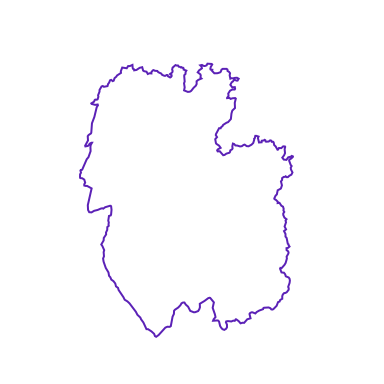 the Province of Qinghai, rotated 250°
{"feature_id": "CHN-1151", "entity_name": "Qinghai", "entity_type": "Province", "adm_level": 1, "iso_a3": "CHN", "parent_name": "China", "parent_adm1": "", "projection": "equal_earth", "projection_center": [96.897, 35.43], "detail": "fine", "context": "isolated", "style": "outline", "palette": "violet", "viewbox_px": 384, "rotation_deg": 250, "n_neighbors": 0, "source": "natural_earth", "source_scale": "10m", "svg_char_len": 6003}
<svg xmlns="http://www.w3.org/2000/svg" viewBox="0 0 384 384"><g transform="rotate(250 192 192)"><path d="M125.1,89.5L127.2,89.7L129.3,88.3L132.3,88.6L135.1,87.7L137.3,86.2L139.8,86.1L141.6,85.4L145.0,86.0L150.1,85.0L156.8,85.1L159.9,85.7L161.7,87.3L165.7,88.4L167.4,89.6L171.8,89.3L173.7,88.8L176.7,92.4L179.0,93.4L181.5,96.8L183.3,97.3L185.4,99.4L188.0,100.4L188.7,102.2L190.2,102.5L191.8,103.4L193.7,103.5L197.9,105.8L197.8,107.6L198.4,108.2L202.8,110.3L206.2,111.1L206.8,110.9L207.1,110.1L207.4,105.2L206.7,102.9L207.4,102.1L207.6,100.5L207.4,97.3L207.8,93.6L207.2,90.6L208.2,88.5L210.7,88.2L215.3,89.6L229.7,98.9L233.6,95.5L234.1,94.1L234.9,93.0L236.1,93.4L237.3,94.8L240.5,95.0L242.4,93.6L243.3,91.8L244.2,91.8L246.9,92.9L248.1,94.3L250.3,94.5L250.7,95.0L250.4,95.9L250.7,96.6L258.8,104.3L260.1,106.6L265.1,110.7L269.2,112.0L270.9,113.0L272.5,114.9L272.7,114.4L272.4,112.3L271.6,111.5L270.9,109.9L271.3,107.4L272.0,107.4L276.0,111.9L280.1,113.1L280.9,114.3L281.6,117.1L282.3,117.7L290.8,121.5L295.9,125.9L304.2,131.4L305.7,133.3L306.5,133.3L307.0,130.8L309.1,127.8L309.7,127.7L310.4,130.9L311.6,131.9L311.9,132.7L311.3,134.1L311.4,135.0L313.5,136.6L315.0,136.8L317.9,139.4L319.5,140.0L322.1,143.1L322.1,144.4L321.0,145.2L320.4,148.8L322.2,150.1L323.1,151.5L325.0,153.2L325.0,154.4L323.3,155.4L323.4,156.5L325.5,158.2L326.3,160.4L327.1,161.3L328.2,166.0L329.8,166.4L332.8,169.0L330.6,173.0L332.2,175.1L331.6,176.7L331.8,179.5L328.9,178.7L327.9,178.7L327.1,179.5L326.1,179.3L325.7,181.6L326.6,185.3L326.3,187.9L322.8,187.6L321.9,188.3L320.6,190.4L318.0,190.8L318.1,192.7L317.3,194.4L318.5,194.8L319.7,196.8L319.7,197.6L318.6,198.6L317.6,200.8L316.1,201.3L313.8,203.6L312.3,204.0L310.7,205.7L310.3,206.7L310.6,208.2L310.2,209.1L309.0,209.0L307.1,210.6L307.2,211.5L307.9,212.5L308.8,212.8L310.0,211.7L310.4,211.7L310.9,213.7L311.4,214.6L312.4,215.2L313.8,215.2L315.5,216.3L316.9,219.9L316.1,220.8L315.7,222.1L314.3,222.4L313.8,223.4L312.9,224.0L312.9,224.9L312.0,225.3L311.7,226.2L311.1,226.4L309.9,226.0L308.0,228.2L306.9,227.0L305.2,226.3L304.4,224.7L303.5,224.3L298.3,222.9L296.9,221.7L292.8,220.9L290.2,219.3L287.5,222.3L287.0,224.3L287.3,225.8L289.4,229.2L290.6,232.0L291.9,233.3L294.5,234.2L295.2,236.2L295.4,239.7L296.6,239.1L298.6,240.1L299.7,240.1L302.5,238.3L303.9,240.3L304.8,243.6L306.7,243.8L308.2,243.1L308.0,244.8L306.4,246.2L306.0,247.2L306.0,249.0L307.3,250.4L305.6,254.3L304.9,254.6L303.1,252.4L301.4,251.3L300.6,251.4L299.9,252.9L298.9,252.3L295.9,253.6L294.9,256.6L294.8,259.2L295.2,260.2L296.9,261.6L297.2,263.0L295.9,266.6L295.0,267.2L293.6,266.8L292.2,267.9L290.6,268.4L288.8,267.3L285.4,266.8L285.5,267.9L284.8,269.3L284.6,271.2L284.0,273.3L282.5,274.6L281.1,272.9L281.4,272.0L283.1,270.1L281.9,268.3L281.5,266.8L279.6,264.7L276.6,265.6L275.9,268.1L274.2,267.8L273.7,267.1L274.5,264.9L274.2,262.4L272.1,259.7L269.8,259.2L268.5,257.2L268.2,257.1L267.6,259.4L266.3,260.1L266.2,262.2L265.5,264.7L264.8,265.1L261.2,262.7L256.2,261.1L254.8,257.9L254.3,257.4L252.2,255.9L247.3,253.5L245.3,249.8L245.3,248.1L244.4,244.2L243.6,243.4L242.9,241.5L242.1,240.7L242.7,239.3L238.2,234.3L237.3,233.8L235.0,234.3L233.7,231.9L229.7,231.2L228.9,231.4L226.3,233.3L223.7,234.0L223.3,231.1L222.6,229.9L221.4,230.0L220.8,232.0L215.9,233.9L215.7,235.3L216.3,237.4L216.1,240.6L216.8,241.6L218.0,242.2L218.4,244.3L219.0,245.0L221.1,245.5L223.5,247.0L222.7,248.0L220.9,248.7L220.1,250.5L218.4,252.7L218.0,254.5L218.6,256.6L218.5,257.7L216.4,259.1L215.6,260.8L216.1,264.1L217.1,266.3L219.9,268.4L220.7,268.5L221.1,269.4L223.1,270.7L222.8,271.6L221.3,273.5L220.2,272.4L215.6,271.9L214.9,274.4L216.3,275.1L215.9,277.0L216.2,278.1L215.6,278.6L214.2,278.5L213.9,278.9L213.2,281.3L213.8,283.1L213.1,284.1L211.9,284.1L211.4,285.4L210.7,285.7L208.0,285.3L206.2,286.2L202.5,286.8L202.4,287.3L203.6,288.8L202.7,290.9L203.7,293.3L203.0,294.9L202.5,295.0L200.6,293.7L196.7,292.7L195.0,291.1L193.4,288.6L191.1,289.3L189.9,291.7L191.7,294.3L191.4,297.0L191.8,298.1L190.9,299.0L190.4,298.7L189.5,296.6L189.2,294.7L188.2,294.0L183.7,294.0L182.3,294.5L181.1,293.1L179.4,292.7L176.0,293.1L174.3,291.3L174.0,289.1L173.2,287.2L173.6,286.0L174.7,285.4L174.4,284.7L174.8,283.3L174.2,281.4L172.5,280.8L171.5,279.2L167.5,278.8L165.2,277.0L164.8,276.5L164.3,273.1L160.7,270.9L160.0,269.3L157.8,267.1L157.1,267.1L155.8,268.2L153.5,269.3L152.3,268.7L151.9,270.5L148.5,271.3L147.1,272.5L144.9,272.4L143.3,271.6L141.7,271.9L140.6,270.4L139.2,269.9L136.3,270.1L134.1,271.5L133.1,270.1L131.4,270.0L127.9,267.2L124.7,267.6L123.8,265.1L120.6,265.5L118.1,264.6L116.4,265.2L110.6,264.3L109.8,264.8L109.0,264.6L107.4,265.0L106.7,263.1L106.9,261.6L105.0,261.0L103.5,262.0L102.3,262.1L101.2,261.5L98.9,258.8L97.0,258.4L93.3,255.7L91.9,254.0L89.9,250.3L89.8,249.8L90.4,249.1L89.8,248.5L85.8,248.6L84.7,250.8L82.8,251.4L80.7,251.3L78.6,253.6L77.2,254.0L75.3,253.7L73.2,252.6L69.9,249.9L68.6,250.0L67.1,249.4L65.4,246.7L65.2,245.2L65.5,244.0L64.6,242.3L63.3,241.2L60.8,240.3L60.4,238.0L59.1,236.8L59.1,235.2L56.1,232.6L54.1,228.4L54.0,227.5L54.5,226.4L56.0,225.9L57.3,224.5L58.6,220.1L58.5,219.4L57.6,218.7L57.6,214.7L57.1,211.7L56.2,210.0L58.3,207.6L58.6,206.6L58.3,205.0L57.7,204.3L53.3,203.8L53.5,200.4L51.2,196.2L51.8,195.0L52.0,192.7L54.7,191.7L57.2,190.0L57.4,189.5L56.3,188.1L57.0,186.8L56.9,184.7L58.4,181.6L58.7,179.9L58.0,179.3L55.4,179.5L52.9,178.6L51.8,177.2L51.4,175.2L52.7,173.7L54.8,172.9L56.5,172.6L60.9,173.1L62.1,172.7L62.6,172.0L63.8,167.8L65.0,168.8L66.4,171.3L69.3,171.7L76.1,171.8L80.8,174.8L86.2,172.9L86.6,172.4L86.7,171.0L85.3,166.3L84.3,161.1L80.9,160.0L79.3,158.7L78.0,157.0L78.0,153.7L78.4,152.5L80.9,149.7L85.6,149.1L88.4,147.6L90.7,147.1L91.2,145.7L91.0,144.1L89.5,142.3L88.1,139.4L87.2,135.7L86.5,134.5L83.6,133.3L81.5,131.1L73.2,126.2L72.9,125.0L73.8,122.8L73.7,120.6L69.0,111.7L68.2,108.8L69.3,107.9L71.7,107.9L74.9,106.2L78.1,103.8L78.7,102.3L86.0,101.7L89.8,100.6L91.7,100.5L95.3,98.7L98.6,98.3L108.7,95.2L111.3,93.9L113.8,91.9L116.6,91.6L125.1,89.5Z" fill="none" stroke="#5b21b6" stroke-width="2"/></g></svg>